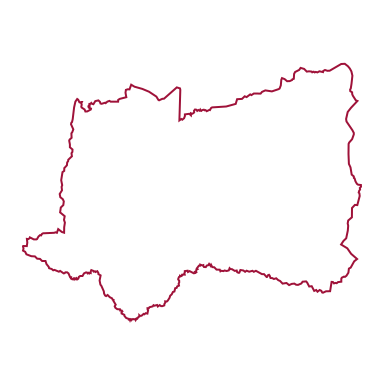 Nong Chang, Uthai Thani, Thailand (Equal Earth projection)
{"feature_id": "78962969B70686602107551", "entity_name": "Nong Chang", "entity_type": "district", "adm_level": 2, "iso_a3": "THA", "parent_name": "Thailand", "parent_adm1": "Uthai Thani", "projection": "equal_earth", "projection_center": [99.746, 15.368], "detail": "fine", "context": "isolated", "style": "outline", "palette": "rose", "viewbox_px": 384, "rotation_deg": 0, "n_neighbors": 0, "source": "geoboundaries", "source_scale": "gbopen_adm2", "svg_char_len": 5893}
<svg xmlns="http://www.w3.org/2000/svg" viewBox="0 0 384 384"><path d="M226.7,271.0L228.8,270.4L229.6,268.2L230.5,269.1L231.8,269.1L234.8,270.9L236.7,270.5L237.2,272.2L238.5,272.8L239.3,272.7L240.4,270.0L243.4,270.5L245.1,271.8L246.6,270.7L249.2,271.7L252.5,270.8L253.8,271.8L255.9,270.8L261.9,274.1L264.0,274.1L266.6,277.0L267.1,276.9L268.0,275.2L269.0,274.8L269.7,275.7L270.5,278.0L272.3,278.1L273.9,279.0L276.2,278.3L278.3,280.2L280.0,280.9L282.6,283.6L286.5,283.0L289.1,285.1L291.7,283.9L294.4,283.6L296.0,284.7L298.0,284.9L301.3,283.5L302.6,281.7L306.1,281.4L307.1,282.5L309.2,286.5L311.7,286.2L314.2,290.9L316.2,290.0L317.5,291.7L319.7,290.0L321.3,290.8L322.2,292.5L323.0,292.7L326.0,291.3L330.1,291.2L331.6,281.9L332.9,282.0L334.0,283.4L335.3,282.9L336.7,283.2L338.0,282.1L341.3,281.7L341.3,278.7L341.8,277.7L344.0,276.6L344.9,276.9L346.4,275.8L348.4,272.7L348.9,268.6L350.7,267.6L354.2,261.3L357.1,259.0L351.1,253.8L347.3,248.3L341.1,244.5L343.5,240.9L346.2,238.3L347.8,230.6L348.2,225.8L347.7,223.4L348.2,220.5L351.9,217.3L352.0,208.0L354.9,204.9L357.3,205.1L359.7,196.0L359.4,193.3L358.7,192.6L359.1,191.0L360.1,189.4L359.8,188.0L361.0,186.7L360.9,185.0L358.1,184.7L356.9,183.8L355.5,181.4L354.6,178.4L353.9,178.0L353.8,176.4L351.7,174.6L350.5,167.4L348.9,163.9L348.5,154.0L348.6,143.9L349.2,142.5L352.1,139.2L353.8,134.4L353.8,132.9L352.4,130.2L346.5,121.5L346.1,119.0L347.7,112.0L351.0,107.8L357.4,101.0L355.8,100.3L352.8,95.6L352.2,94.1L352.1,92.3L350.3,91.2L350.1,89.7L350.8,88.3L351.5,83.8L352.4,75.7L351.4,71.4L349.8,68.5L347.9,66.2L344.8,63.8L341.2,64.0L329.7,70.7L327.4,70.8L325.0,70.0L323.2,71.0L323.0,72.1L319.4,71.3L317.4,72.4L315.8,71.9L314.7,72.4L313.7,71.7L312.2,72.3L311.7,71.6L309.0,71.3L306.8,71.6L304.1,68.9L300.6,67.9L299.2,69.9L295.1,72.0L294.1,73.9L293.8,78.8L292.4,79.3L292.1,80.0L289.7,81.1L287.1,81.2L284.6,79.1L282.0,78.1L281.3,79.8L280.8,85.4L279.6,88.5L278.7,89.1L271.9,91.4L265.3,90.4L262.0,91.9L260.6,93.6L253.9,93.5L251.4,95.1L250.2,94.4L246.6,97.1L244.7,96.3L242.0,98.9L237.1,99.2L235.7,103.9L226.2,106.5L212.1,107.4L211.0,108.1L210.0,110.0L209.6,109.8L206.7,111.2L205.6,110.1L204.6,110.3L203.9,109.7L202.1,110.1L201.3,110.9L200.7,110.7L200.2,109.7L199.6,110.7L198.3,110.0L197.2,110.9L196.3,109.7L195.0,109.5L194.0,110.8L194.2,112.2L193.5,113.1L192.1,113.8L191.0,113.3L190.9,115.3L189.3,113.8L184.9,114.4L184.9,116.1L184.1,118.2L182.3,119.7L181.3,119.0L179.4,120.4L180.3,89.9L180.0,88.4L176.8,87.4L164.0,98.7L162.4,98.8L159.1,100.3L158.3,99.8L156.4,96.6L149.0,91.7L142.3,88.9L134.5,86.7L131.2,84.7L129.5,89.4L127.7,89.3L125.9,89.9L125.5,92.7L126.3,97.2L119.7,98.9L118.2,99.9L118.1,101.7L110.7,101.7L109.5,100.9L107.4,101.6L105.7,103.1L105.2,102.7L101.6,103.8L100.5,103.5L99.9,101.8L98.4,100.4L95.3,101.1L93.4,104.2L92.2,103.9L91.3,102.9L90.5,103.8L89.4,103.9L89.2,105.4L88.5,106.0L88.4,106.8L88.9,107.5L89.6,106.8L89.6,108.1L91.0,108.6L90.8,109.5L87.3,111.4L85.4,111.5L84.6,109.5L81.6,107.5L81.3,106.7L81.7,104.7L81.3,103.4L81.9,102.0L81.1,102.0L80.4,102.6L79.4,102.3L78.2,99.7L77.2,99.0L75.4,101.6L74.1,107.4L72.7,119.2L72.0,122.1L71.4,122.6L71.0,124.2L73.3,129.4L72.2,132.3L71.4,133.3L71.6,137.8L69.6,139.6L69.2,140.7L69.9,144.4L69.9,147.3L72.5,149.5L72.4,151.9L71.5,153.2L71.9,156.3L68.3,159.7L68.1,161.2L67.2,162.4L66.9,165.3L64.3,168.1L64.2,170.9L62.5,172.1L61.2,180.2L62.2,185.2L61.6,186.9L62.0,190.3L59.7,194.0L60.3,197.2L62.8,199.2L63.8,201.4L63.3,205.1L60.8,207.5L60.1,212.4L64.7,216.2L64.0,219.9L64.9,222.6L64.2,227.2L64.1,232.7L61.9,232.0L58.2,229.1L56.9,232.8L55.5,232.3L54.2,232.8L43.1,233.3L42.0,233.9L41.1,235.4L40.1,235.1L38.5,236.5L37.0,239.1L36.4,239.4L33.8,239.4L29.9,237.4L29.6,238.2L28.3,239.1L26.9,238.9L27.3,242.6L26.8,246.1L23.2,246.0L23.0,246.4L23.5,248.6L23.0,250.6L25.2,251.8L26.4,254.3L31.3,256.2L34.9,256.4L37.2,258.7L40.0,258.9L42.1,261.0L45.5,261.0L46.5,264.1L48.7,266.8L49.1,268.2L51.7,269.0L53.2,270.3L54.5,269.9L58.9,271.7L60.1,270.9L63.7,273.4L64.6,273.2L65.4,272.3L67.1,272.3L68.5,273.4L70.1,277.1L71.1,277.2L70.9,278.5L72.3,279.3L73.3,278.5L74.0,279.4L74.5,278.5L75.2,279.1L76.3,278.0L76.9,278.5L76.9,279.4L77.4,279.4L78.3,278.6L78.9,276.9L80.2,276.0L82.5,276.0L84.0,273.4L86.0,272.4L86.9,272.5L87.6,273.4L88.4,272.8L89.2,273.5L89.8,272.9L90.7,273.1L90.7,271.5L91.3,270.1L93.4,270.9L93.7,271.6L95.0,271.3L95.5,272.0L97.3,271.2L98.3,272.8L98.4,274.1L100.6,275.4L99.6,280.5L100.4,284.6L101.4,285.9L103.8,291.3L104.1,293.6L105.1,295.5L106.1,296.1L107.6,295.0L109.8,297.2L112.1,298.4L112.6,299.6L113.6,300.0L113.4,300.8L115.7,304.7L114.7,306.3L115.4,307.8L117.3,309.2L120.0,309.3L120.2,310.5L121.7,310.5L122.4,311.4L121.5,312.5L121.6,313.5L124.3,314.8L124.5,316.0L126.2,318.0L128.5,318.8L128.7,319.5L129.6,319.2L130.0,320.2L130.3,319.4L131.1,320.1L131.4,319.3L132.0,319.6L133.0,319.0L134.1,319.4L135.3,319.0L135.7,320.0L136.6,318.4L137.3,318.7L138.3,317.1L139.3,316.6L139.3,315.3L139.9,315.9L141.6,315.7L143.6,313.9L144.4,314.3L145.7,313.2L147.4,313.6L148.1,310.2L147.6,309.6L147.5,308.2L148.8,308.2L149.5,307.2L152.7,306.4L153.5,305.2L154.4,305.7L157.1,305.0L157.8,306.5L159.7,305.1L161.0,306.1L162.5,306.1L164.3,305.4L164.4,304.0L165.4,302.3L165.2,301.4L166.8,301.5L167.7,300.7L169.5,297.9L170.2,295.7L171.7,294.4L172.9,292.0L174.4,291.5L175.2,288.2L176.6,287.9L177.2,286.4L179.0,285.6L178.6,283.8L179.2,282.5L179.2,280.7L178.2,279.5L178.3,278.6L179.0,277.0L180.0,276.6L180.0,275.7L181.3,276.1L182.0,275.6L182.1,274.7L184.7,274.6L184.3,273.3L184.8,272.6L184.8,271.1L187.6,270.7L188.0,272.0L189.6,271.1L193.8,273.3L195.3,273.0L196.2,272.3L195.3,271.6L196.2,271.2L196.4,269.5L197.5,269.1L196.9,268.3L198.9,265.7L200.1,265.7L200.2,264.6L202.3,265.4L203.3,265.1L203.4,266.1L204.0,267.0L205.8,267.1L206.7,265.6L208.3,265.2L209.1,263.9L210.6,265.9L211.1,264.8L212.3,267.1L214.3,267.3L216.5,269.6L219.8,269.7L220.4,271.3L221.3,270.8L223.5,271.1L224.5,270.5L226.7,271.0Z" fill="none" stroke="#9f1239" stroke-width="2"/></svg>